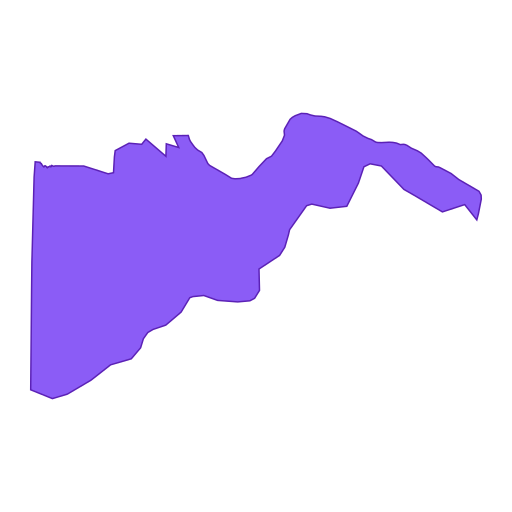 the district of St. Charles, Missouri, United States of America
{"feature_id": "52423323B56578424845475", "entity_name": "St. Charles", "entity_type": "district", "adm_level": 2, "iso_a3": "USA", "parent_name": "United States of America", "parent_adm1": "Missouri", "projection": "natural_earth1", "projection_center": [-90.636, 38.751], "detail": "fine", "context": "isolated", "style": "filled", "palette": "violet", "viewbox_px": 512, "rotation_deg": 0, "n_neighbors": 0, "source": "geoboundaries", "source_scale": "gbopen_adm2", "svg_char_len": 2227}
<svg xmlns="http://www.w3.org/2000/svg" viewBox="0 0 512 512"><path d="M153.1,329.4L165.8,325.1L181.1,312.1L189.8,297.7L192.9,296.6L203.8,295.5L217.6,300.4L237.7,301.9L249.9,300.8L254.6,298.3L259.5,290.4L259.0,269.0L279.6,255.4L284.8,247.2L288.4,234.9L289.6,229.7L306.6,205.7L311.8,204.1L330.0,208.2L346.8,206.3L358.4,183.1L363.9,166.8L370.1,163.8L381.4,166.0L403.9,189.4L414.2,195.3L442.4,211.9L464.7,204.6L476.8,219.9L478.4,213.8L481.3,199.1L481.1,195.1L479.0,191.3L458.9,179.6L451.1,173.5L440.3,167.8L438.5,167.0L435.9,166.7L434.6,166.1L428.5,159.9L426.2,157.7L421.2,153.1L417.4,150.8L411.4,148.2L406.9,145.3L404.9,144.5L403.3,144.3L400.3,144.6L396.6,143.1L393.4,142.5L392.6,142.4L389.3,142.2L381.4,142.6L377.5,142.5L375.7,142.1L371.5,139.6L368.0,138.4L363.1,136.0L356.3,131.2L336.9,121.5L335.5,120.9L330.3,118.5L324.7,116.8L321.2,116.3L315.0,116.0L310.3,114.9L307.0,113.7L301.3,113.4L295.2,115.7L292.4,117.3L290.1,119.3L284.7,128.7L284.2,130.3L284.1,131.4L284.5,135.2L282.3,140.9L275.4,151.1L271.5,156.2L266.5,158.7L259.1,166.5L252.3,174.4L251.3,175.1L246.1,177.2L241.4,178.2L240.4,178.5L235.1,178.8L231.6,178.3L225.3,174.4L209.6,165.4L207.8,163.5L203.9,155.4L201.8,152.5L197.6,150.0L194.8,147.4L192.7,144.6L190.5,141.5L189.5,139.5L188.3,135.5L173.3,135.7L178.7,147.5L166.3,143.8L165.9,156.3L145.9,139.1L141.7,144.3L129.0,143.2L115.2,150.6L114.4,156.8L113.5,172.7L108.1,173.8L83.7,166.0L55.1,165.9L54.9,165.9L54.4,166.2L54.0,166.3L53.3,166.2L53.1,166.2L52.8,165.9L52.2,165.7L51.9,165.5L51.6,165.4L51.4,165.5L51.4,165.8L51.5,166.0L51.4,166.4L51.1,166.7L50.9,166.8L50.7,166.8L50.4,166.5L50.3,166.3L49.9,166.1L49.5,166.5L48.8,166.8L48.4,166.8L48.2,167.2L47.9,167.2L47.6,167.2L47.4,167.7L47.3,167.8L47.1,167.7L46.7,167.3L46.8,166.9L46.4,166.5L45.9,166.3L45.6,166.1L45.3,165.8L45.0,165.7L44.8,165.8L44.7,166.2L44.5,166.4L44.3,166.7L43.8,166.9L43.5,166.7L43.3,166.3L42.9,166.0L42.6,165.7L42.5,165.4L42.1,164.9L41.9,164.8L41.5,164.3L41.5,164.1L41.5,163.8L41.4,163.6L40.9,163.3L40.5,163.2L40.2,163.0L40.1,162.3L35.2,161.8L34.1,177.1L31.9,261.7L31.6,288.5L30.7,389.8L52.4,398.6L67.4,394.1L91.1,380.1L110.6,364.8L131.3,358.8L140.6,347.8L143.4,338.7L147.8,332.5L153.1,329.4Z" fill="#8b5cf6" stroke="#5b21b6" stroke-width="1.5"/></svg>